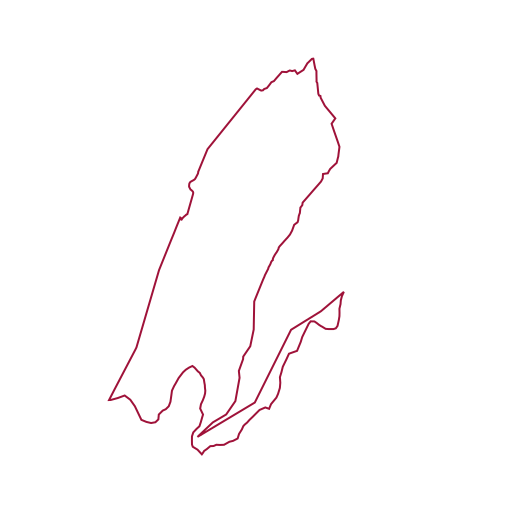 outline of San Lorenzo Cuaunecuiltitla, Puebla, Mexico, rotated 197°
{"feature_id": "50627088B78498506424092", "entity_name": "San Lorenzo Cuaunecuiltitla", "entity_type": "district", "adm_level": 2, "iso_a3": "MEX", "parent_name": "Mexico", "parent_adm1": "Puebla", "projection": "equal_earth", "projection_center": [-96.92, 18.216], "detail": "fine", "context": "isolated", "style": "outline", "palette": "rose", "viewbox_px": 512, "rotation_deg": 197, "n_neighbors": 0, "source": "geoboundaries", "source_scale": "gbopen_adm2", "svg_char_len": 3700}
<svg xmlns="http://www.w3.org/2000/svg" viewBox="0 0 512 512"><g transform="rotate(197 256 256)"><path d="M258.9,461.5L259.0,461.5L259.1,461.4L260.2,460.8L262.8,456.0L263.2,455.4L265.0,447.8L265.2,447.6L269.7,442.3L273.1,444.9L275.5,443.4L277.9,443.3L278.9,442.4L279.1,442.2L280.0,441.3L280.5,440.8L284.4,439.9L285.0,439.7L288.5,432.0L290.0,428.5L292.1,426.7L293.0,424.1L293.8,422.0L294.7,419.8L297.0,418.1L297.8,416.5L299.4,415.7L304.0,416.5L305.0,415.3L333.6,344.0L335.0,329.1L335.9,319.4L335.7,319.0L335.6,317.9L336.4,313.6L336.8,311.9L337.3,311.0L338.0,310.2L340.2,307.9L340.6,307.2L340.8,306.5L340.9,305.5L340.6,304.0L340.4,303.1L340.0,302.4L338.2,300.6L338.0,300.4L337.2,300.2L335.8,299.5L335.2,299.1L335.0,298.9L334.6,298.3L334.4,297.6L334.3,296.3L333.9,276.2L334.0,276.2L334.2,275.8L334.5,275.3L334.9,275.0L335.2,274.3L335.7,273.6L336.4,272.5L337.0,271.3L337.2,270.9L337.4,270.5L337.8,269.0L338.0,268.9L338.4,269.1L338.6,269.4L338.7,269.7L338.7,270.0L338.8,270.3L339.0,270.4L339.4,270.5L339.7,270.6L340.6,260.5L341.1,254.1L341.8,246.7L344.6,214.2L344.5,206.3L343.6,133.6L344.0,131.1L352.4,86.4L352.5,85.8L354.4,75.3L352.9,75.8L346.6,79.8L340.8,84.2L334.2,81.8L327.9,76.9L323.3,71.9L317.7,65.8L312.3,65.3L307.5,65.6L303.6,67.6L301.6,71.2L302.6,76.0L300.0,80.9L297.5,83.1L295.5,86.8L295.2,91.6L296.3,98.5L297.0,102.7L296.3,107.7L295.6,110.6L294.3,116.7L291.8,123.4L289.9,126.7L287.4,129.7L284.7,132.2L282.1,131.3L277.9,128.7L275.6,127.8L273.7,125.8L271.2,124.2L269.9,123.0L268.3,119.7L267.2,117.6L266.3,115.1L265.1,112.4L264.5,109.6L264.4,106.2L264.7,102.3L265.3,98.2L264.8,93.8L260.3,88.9L260.3,86.1L260.2,81.0L260.3,76.7L262.4,73.1L264.4,69.0L264.5,64.8L263.3,60.7L262.1,57.0L260.7,55.1L255.3,53.7L249.8,50.5L249.2,52.2L248.6,54.4L246.5,57.1L244.1,60.8L241.0,61.9L238.7,63.9L235.4,64.7L231.4,66.1L227.1,70.6L223.9,72.5L220.2,76.1L220.2,80.9L218.8,86.1L218.4,89.6L217.5,91.5L215.8,94.1L214.3,97.4L212.1,101.3L210.2,104.9L207.6,109.8L202.8,113.9L198.8,113.7L198.3,118.8L195.1,126.5L194.6,130.6L194.6,136.8L195.7,141.9L197.7,147.1L197.7,152.2L198.0,157.9L196.7,166.1L195.9,172.2L193.9,173.7L189.0,177.3L188.1,187.0L188.1,192.1L187.2,197.8L185.8,206.6L184.6,209.5L181.0,210.5L178.4,209.7L175.6,208.6L173.1,207.9L172.3,207.8L168.1,206.7L165.0,207.4L160.5,208.8L158.5,210.2L157.6,213.0L158.1,219.2L158.6,222.8L159.5,226.0L160.8,230.0L161.1,234.7L161.9,238.3L162.1,242.7L161.5,247.4L177.8,222.1L200.9,195.7L214.3,115.5L259.1,65.9L248.6,84.3L238.2,95.7L233.3,111.2L236.1,134.7L238.8,141.1L238.2,153.6L238.8,156.1L235.1,168.0L236.7,185.0L244.4,212.0L244.1,215.6L242.8,230.3L242.3,235.8L241.9,238.9L241.9,239.9L241.9,240.0L241.3,243.4L241.2,244.0L240.6,247.3L240.7,248.8L240.5,249.5L239.9,252.3L239.8,253.6L239.8,254.4L239.4,256.0L238.7,257.0L239.0,257.9L239.0,259.0L238.9,259.7L238.5,261.9L237.9,264.1L237.7,264.7L237.4,265.5L236.6,269.0L236.7,270.8L236.2,272.3L234.2,276.5L233.2,278.8L232.6,280.0L232.4,280.4L232.3,280.7L231.9,281.5L231.3,282.7L230.7,284.2L230.1,285.7L229.8,286.4L229.0,290.4L228.9,290.9L228.8,293.1L228.6,297.0L226.1,300.5L226.1,302.4L226.5,304.8L226.8,306.9L226.7,309.6L226.6,309.8L227.7,315.3L227.2,316.5L226.6,318.3L227.0,320.5L226.7,321.4L225.2,324.7L222.6,330.5L220.3,335.7L217.1,342.8L215.6,346.2L214.9,349.7L215.9,354.0L213.9,355.0L211.5,356.1L211.1,358.5L210.5,361.0L207.3,366.6L206.1,368.6L206.4,374.2L206.4,375.1L206.9,377.7L208.1,384.8L211.0,388.9L217.8,398.2L222.4,404.6L221.9,406.1L220.4,410.8L232.0,418.4L234.1,419.8L240.4,426.2L241.2,427.9L242.0,427.9L242.6,427.9L243.8,429.3L246.0,434.6L248.0,439.4L249.1,440.4L249.5,441.9L249.9,443.1L251.5,448.0L252.3,450.6L254.0,452.3L255.8,455.6L255.9,455.8L258.9,461.5Z" fill="none" stroke="#9f1239" stroke-width="2"/></g></svg>